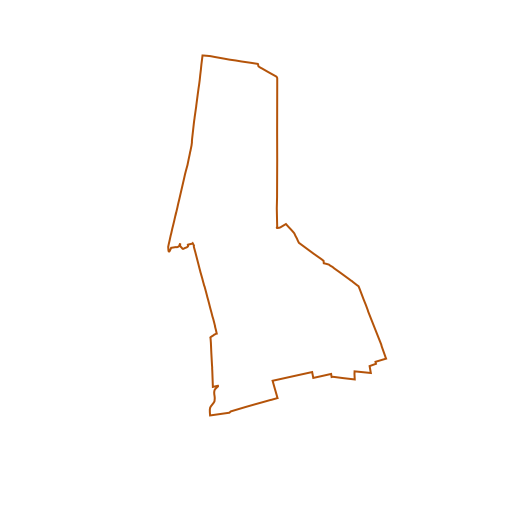 Jilavele, Ialomita, Romania (Mercator projection), rotated 308°
{"feature_id": "2599482B17913194075437", "entity_name": "Jilavele", "entity_type": "district", "adm_level": 2, "iso_a3": "ROU", "parent_name": "Romania", "parent_adm1": "Ialomita", "projection": "mercator", "projection_center": [26.543, 44.802], "detail": "fine", "context": "isolated", "style": "outline", "palette": "amber", "viewbox_px": 512, "rotation_deg": 308, "n_neighbors": 0, "source": "geoboundaries", "source_scale": "gbopen_adm2", "svg_char_len": 3732}
<svg xmlns="http://www.w3.org/2000/svg" viewBox="0 0 512 512"><g transform="rotate(308 256 256)"><path d="M157.3,360.4L159.0,358.1L164.0,351.2L167.9,345.9L190.3,364.4L199.1,371.7L195.2,376.2L200.5,380.6L209.3,387.8L208.1,389.1L207.2,390.1L207.6,390.4L208.5,391.5L213.4,399.8L219.5,409.8L221.6,408.0L223.7,406.2L225.8,404.7L234.5,418.5L239.2,413.3L244.9,416.9L246.2,415.3L250.7,418.5L255.2,421.7L256.4,419.7L256.7,419.4L256.9,419.0L262.1,410.8L263.4,409.1L267.2,402.6L281.4,378.4L281.9,377.8L285.0,372.8L288.0,367.6L293.7,358.2L294.8,356.3L295.3,355.4L295.2,353.6L295.2,347.8L295.3,347.0L295.1,345.9L295.1,343.6L295.0,340.8L294.9,337.5L294.8,334.4L294.7,331.6L294.4,325.2L294.5,323.1L294.1,320.5L294.1,318.7L293.0,316.0L292.0,313.9L293.8,312.2L293.8,309.6L293.3,300.4L292.8,281.7L293.4,280.4L294.1,279.0L294.9,277.6L296.2,274.6L297.3,272.5L297.6,271.6L298.0,269.5L298.4,267.3L298.9,263.9L299.6,259.9L293.9,257.7L292.9,257.2L291.7,256.1L291.2,255.6L291.0,255.3L291.1,255.0L291.2,254.9L292.2,254.6L306.4,243.0L315.3,236.4L334.9,221.2L344.2,214.0L366.6,196.4L406.2,165.6L407.6,164.5L409.0,163.4L409.3,163.1L409.6,162.6L409.8,162.0L409.9,161.8L409.9,161.4L409.8,160.8L409.5,158.9L408.9,155.1L408.4,151.9L407.4,144.8L407.2,144.0L407.1,143.2L407.0,142.0L407.0,141.2L407.4,140.6L408.2,139.7L408.5,139.2L405.3,133.4L400.4,124.9L397.5,119.5L394.4,114.2L391.8,109.2L387.3,100.7L386.3,98.7L385.3,96.8L383.5,94.0L382.7,92.8L382.6,92.6L382.2,92.0L381.1,90.4L373.4,95.0L369.9,97.2L369.3,97.6L364.5,100.5L359.7,103.5L355.1,106.2L354.9,106.3L353.1,107.3L346.6,111.1L337.3,116.6L337.2,116.7L329.0,121.4L327.1,122.5L326.5,122.9L325.2,123.6L322.7,125.1L308.7,133.7L306.9,134.9L305.9,135.7L305.5,135.9L303.3,137.2L300.9,138.4L298.5,139.6L297.1,140.2L296.6,140.5L294.6,141.5L290.7,143.4L285.5,146.0L280.0,148.3L276.8,149.7L272.6,151.7L253.5,160.6L249.1,162.6L245.6,164.3L239.7,167.0L239.7,166.9L232.9,170.1L228.7,172.0L226.2,173.1L221.8,175.2L219.5,176.2L214.1,178.8L213.0,179.3L211.1,180.2L209.1,181.2L208.9,181.4L207.0,183.1L206.2,183.9L205.9,184.4L206.2,184.9L206.8,184.9L208.6,184.5L209.9,184.2L210.2,184.1L210.4,184.3L211.8,185.6L212.9,186.6L213.7,187.4L214.2,188.2L214.8,188.7L215.7,189.1L216.3,189.3L216.6,189.3L216.9,189.2L217.6,189.0L218.0,188.8L218.5,188.7L218.6,189.0L218.0,189.4L217.3,189.9L217.1,190.5L217.0,190.8L216.8,192.2L216.6,193.2L216.5,193.7L216.7,194.1L217.0,194.4L218.4,195.0L219.5,195.7L220.2,196.1L221.1,196.4L221.9,196.4L222.3,196.2L222.6,195.8L222.8,195.4L223.1,195.4L225.9,197.7L226.5,198.1L227.1,198.2L226.5,199.6L226.0,200.7L225.7,200.8L225.4,201.0L225.0,201.4L224.8,201.6L223.6,203.2L221.6,205.9L218.6,209.8L213.6,216.3L211.5,219.0L210.0,221.0L208.8,222.5L208.5,223.0L207.3,224.6L206.3,226.0L206.2,226.1L205.2,227.5L202.9,230.5L201.9,231.9L201.0,233.0L200.5,233.8L200.4,234.1L199.5,235.3L197.1,238.5L194.5,241.9L193.7,242.9L192.1,245.1L190.2,247.6L187.1,251.6L183.8,256.0L181.4,259.1L180.6,260.3L179.5,261.8L177.8,264.0L176.0,266.3L175.5,267.0L175.2,267.1L173.0,270.0L171.6,271.7L170.7,272.8L170.5,272.6L169.4,272.1L168.3,271.5L167.6,271.4L166.9,271.2L166.0,270.8L165.2,270.6L164.4,270.3L164.1,270.3L163.9,270.2L163.7,270.2L163.6,270.3L162.9,271.1L159.7,274.0L152.2,280.4L142.7,288.7L141.2,290.1L140.9,290.3L140.6,290.5L138.3,292.5L126.3,302.6L130.3,305.9L130.2,306.1L129.9,306.3L129.6,306.3L128.7,306.1L126.3,305.8L125.3,305.8L124.2,306.2L123.8,306.4L122.8,307.0L121.4,308.2L120.0,309.7L118.6,311.0L116.5,312.4L116.0,312.7L115.1,312.9L114.0,313.0L111.0,313.0L109.8,313.0L108.4,313.2L107.8,313.5L106.5,314.2L104.5,315.8L102.1,318.0L116.1,331.5L118.0,331.8L130.8,340.9L138.9,346.8L144.7,351.1L151.4,356.0L152.3,356.8L153.3,357.5L156.3,359.7L157.1,360.2L157.3,360.4Z" fill="none" stroke="#b45309" stroke-width="2"/></g></svg>